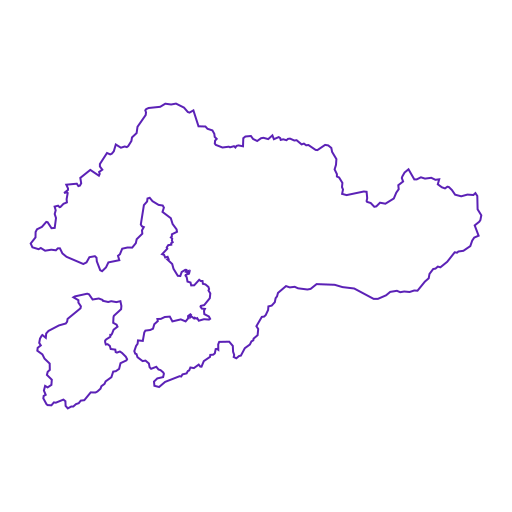 Cao Loc, Lạng Sơn, Vietnam
{"feature_id": "81297802B94679881937971", "entity_name": "Cao Loc", "entity_type": "district", "adm_level": 2, "iso_a3": "VNM", "parent_name": "Vietnam", "parent_adm1": "Lạng Sơn", "projection": "orthographic", "projection_center": [106.799, 21.875], "detail": "fine", "context": "isolated", "style": "outline", "palette": "violet", "viewbox_px": 512, "rotation_deg": 0, "n_neighbors": 0, "source": "geoboundaries", "source_scale": "gbopen_adm2", "svg_char_len": 6020}
<svg xmlns="http://www.w3.org/2000/svg" viewBox="0 0 512 512"><path d="M440.4,267.3L447.2,261.8L454.7,252.3L457.0,252.7L458.4,251.5L463.4,250.8L470.3,246.1L472.2,240.6L474.2,237.6L478.6,235.7L474.7,225.4L479.3,221.7L480.4,220.0L481.3,215.3L477.6,209.3L477.3,196.0L475.4,193.1L473.4,195.0L467.4,194.6L461.2,196.3L455.1,194.7L451.9,190.0L448.8,187.0L447.4,186.7L445.0,188.4L441.9,187.3L437.8,184.3L439.2,179.3L435.4,179.8L431.3,177.8L425.0,178.6L420.9,177.3L416.7,179.4L414.3,179.4L408.5,169.3L404.6,172.5L402.3,176.5L401.8,178.0L403.1,181.5L398.3,185.2L398.7,189.2L396.3,192.6L393.8,198.5L385.4,203.7L380.0,202.7L376.3,206.4L374.3,206.8L370.7,203.0L367.1,201.9L366.6,201.1L367.2,198.1L366.6,191.8L363.8,191.5L346.6,195.1L342.1,193.9L343.0,189.5L342.0,187.1L342.4,182.9L339.1,177.5L336.9,176.5L336.9,174.1L334.6,169.4L336.0,164.8L336.4,159.1L332.1,151.9L331.3,147.9L328.2,145.4L325.1,144.9L317.4,150.1L315.6,149.9L308.4,145.0L306.2,145.3L303.9,143.6L301.6,144.4L296.6,140.2L294.3,140.5L290.0,138.6L287.9,138.9L286.5,140.2L283.2,139.3L280.7,139.9L280.2,138.1L278.7,137.1L273.9,139.2L272.4,135.4L268.2,139.1L263.4,137.8L261.1,138.2L257.2,141.0L253.1,139.0L250.9,136.0L245.4,136.5L243.3,138.2L243.0,146.3L238.5,145.4L236.5,145.9L235.4,147.5L234.0,146.2L230.0,147.3L228.8,146.7L222.5,147.5L215.8,144.9L214.8,143.6L215.1,140.6L216.7,138.9L214.7,136.9L214.3,133.8L212.4,130.4L207.5,128.8L205.4,126.5L198.5,126.3L193.4,110.4L189.5,112.6L187.8,112.0L184.0,107.6L176.0,103.6L171.1,104.5L165.3,103.7L160.2,106.8L148.6,108.0L146.2,109.1L145.3,110.3L146.0,112.4L145.7,115.0L137.5,126.8L136.6,133.1L132.0,137.4L131.4,141.0L128.2,146.1L126.8,147.1L124.7,146.5L120.9,147.7L115.8,144.5L113.8,151.3L111.8,153.7L110.2,154.4L107.0,153.0L99.9,164.0L99.9,166.5L102.3,169.7L99.1,172.0L99.7,173.9L98.9,175.7L90.3,169.9L80.3,177.9L81.2,183.3L79.9,185.6L78.4,186.1L76.8,183.7L66.3,184.7L68.0,188.4L68.0,189.9L64.1,193.0L67.0,192.3L67.7,193.0L66.6,199.2L66.9,202.4L63.5,203.8L60.4,207.0L59.6,207.2L58.1,205.7L54.6,206.6L55.7,210.3L54.7,214.0L56.0,218.0L54.7,227.9L51.5,228.2L47.6,222.2L46.3,221.9L41.9,226.9L37.0,229.3L35.6,232.0L35.5,237.4L30.7,243.5L32.4,247.3L38.6,249.2L40.8,248.0L45.1,250.7L51.3,249.7L55.9,250.3L57.9,248.3L59.9,248.3L62.4,253.4L66.5,256.8L83.3,264.0L86.5,262.4L89.4,257.2L94.9,256.2L96.5,257.7L96.8,261.3L100.2,270.2L102.1,271.2L106.0,267.4L108.4,262.4L119.3,260.2L118.0,255.8L119.9,254.3L122.2,248.7L127.5,247.5L132.2,247.6L135.8,243.2L136.7,239.2L142.3,233.7L142.0,230.3L143.8,227.1L142.0,226.4L140.8,224.5L143.9,205.1L147.1,201.5L147.5,198.5L149.7,197.8L152.5,201.2L158.6,204.9L162.7,205.5L163.9,207.6L162.5,211.9L170.8,218.2L172.6,224.0L176.6,229.4L177.0,231.8L171.9,234.3L171.8,236.5L170.9,237.4L172.2,238.6L171.9,240.7L172.7,242.2L171.2,243.2L171.3,244.7L168.3,245.1L166.7,247.5L167.3,248.7L162.1,254.2L164.1,254.9L165.2,257.5L167.6,256.8L168.6,259.1L167.4,259.5L172.2,264.0L173.5,268.8L177.8,275.8L180.3,276.0L181.7,272.0L185.3,269.8L186.3,269.9L185.9,271.6L188.2,271.0L187.2,272.7L187.6,273.4L189.4,272.1L189.0,273.7L185.7,274.9L185.5,275.6L186.7,277.2L187.5,281.6L190.5,282.5L191.2,285.4L194.2,285.3L199.2,279.8L200.7,281.0L202.5,281.0L202.9,283.8L205.4,284.4L208.4,286.9L209.1,289.0L208.5,290.5L210.3,293.4L209.8,298.2L204.2,305.1L200.8,305.9L200.5,306.7L201.8,308.6L204.9,308.9L204.0,310.8L204.3,314.1L208.9,316.5L210.1,318.8L209.0,319.6L204.0,319.2L198.8,320.7L197.2,318.1L196.2,318.6L194.7,317.7L194.1,318.5L191.3,316.3L190.2,317.4L189.9,315.8L190.9,314.8L190.4,314.3L188.1,316.0L188.1,318.4L185.6,321.4L180.8,319.4L172.4,321.4L169.8,316.6L164.8,317.0L160.8,318.9L157.4,319.0L157.8,321.1L154.3,324.2L153.0,328.7L150.2,330.0L145.4,330.6L144.3,332.4L142.8,340.9L138.0,340.4L137.6,343.8L136.1,345.9L134.3,351.1L135.2,353.6L136.5,354.1L137.5,357.2L142.6,361.1L145.5,360.6L148.9,363.5L149.6,367.2L151.1,368.8L156.3,366.8L158.5,369.5L160.5,370.1L163.3,372.5L163.9,373.8L163.1,377.1L157.3,378.4L154.0,381.6L154.4,385.8L159.1,387.0L165.1,381.9L179.6,376.2L181.2,376.5L182.5,374.4L186.6,373.4L187.8,371.1L189.2,370.4L190.4,367.5L193.9,368.1L198.7,364.6L200.3,366.6L201.5,366.7L203.8,361.1L210.0,356.9L210.3,354.9L213.2,354.7L214.8,353.4L215.7,349.1L217.0,348.9L218.3,349.8L218.2,344.4L219.2,341.9L229.2,341.7L232.8,345.9L233.1,351.8L234.2,354.9L233.7,357.0L236.3,358.3L239.1,356.0L240.9,355.6L244.8,348.2L249.9,344.5L251.4,341.4L253.3,340.3L253.6,338.6L257.6,335.2L258.2,329.0L256.4,326.2L261.8,316.9L264.1,316.6L265.7,315.1L268.1,310.0L268.4,306.4L271.7,305.6L274.8,302.2L275.6,298.2L277.0,296.4L278.0,292.9L286.0,286.1L289.8,287.4L294.7,286.8L298.0,288.3L307.4,289.5L310.6,288.9L316.6,284.1L334.7,284.8L342.5,287.1L354.2,288.5L373.7,298.9L377.8,298.9L386.1,295.3L390.2,291.9L396.9,290.8L400.2,292.2L404.2,291.5L409.6,292.0L414.2,290.5L417.5,290.7L424.9,281.6L428.7,278.3L429.5,273.9L433.2,269.0L435.5,268.6L437.8,266.6L440.4,267.3ZM120.4,301.2L116.4,302.1L111.2,301.2L108.2,302.0L102.9,300.8L102.5,299.9L98.8,298.5L92.6,299.5L89.0,294.3L87.2,293.7L74.9,296.4L73.4,297.3L78.4,300.2L78.4,302.6L80.9,306.3L80.5,308.3L67.6,318.9L67.1,321.7L65.8,323.5L59.0,325.4L48.5,330.9L46.2,333.5L45.8,337.8L42.4,335.0L41.8,335.5L40.0,338.6L39.2,342.9L40.8,345.4L37.7,347.8L37.3,350.7L42.4,354.4L44.5,358.6L49.7,363.6L49.8,369.9L47.7,371.8L46.9,374.9L51.8,379.7L51.4,384.9L47.6,387.4L45.1,385.9L43.9,390.6L45.7,394.8L43.7,395.9L43.3,398.3L46.5,404.2L47.6,405.1L51.4,405.3L53.9,402.4L55.8,402.7L63.4,399.6L65.4,401.2L65.6,405.9L67.8,408.4L71.3,406.5L73.3,406.5L76.0,404.1L78.7,403.2L80.8,400.6L84.3,400.2L90.7,392.4L95.5,392.5L97.4,391.5L100.5,388.7L101.4,386.2L104.5,383.9L105.6,381.4L111.4,377.2L113.2,371.6L115.8,371.2L119.1,368.9L120.5,363.2L126.4,360.4L127.1,359.2L125.8,356.7L122.0,352.9L119.9,351.5L116.9,352.6L115.7,352.1L115.3,349.6L110.7,349.0L109.8,345.9L107.6,344.2L105.8,344.5L105.1,341.9L105.2,340.5L106.2,339.4L110.3,336.8L110.3,334.9L111.2,334.9L112.0,333.8L113.6,329.7L117.5,326.7L116.6,324.7L113.2,322.8L113.5,317.1L113.9,315.8L121.1,309.2L121.4,306.0L120.4,301.2Z" fill="none" stroke="#5b21b6" stroke-width="2"/></svg>